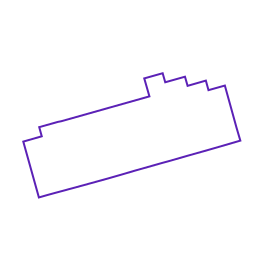 Pend Oreille, Washington, United States of America, rotated 74°
{"feature_id": "52423323B67594083249097", "entity_name": "Pend Oreille", "entity_type": "district", "adm_level": 2, "iso_a3": "USA", "parent_name": "United States of America", "parent_adm1": "Washington", "projection": "orthographic", "projection_center": [-117.196, 48.523], "detail": "fine", "context": "isolated", "style": "outline", "palette": "violet", "viewbox_px": 256, "rotation_deg": 74, "n_neighbors": 0, "source": "geoboundaries", "source_scale": "gbopen_adm2", "svg_char_len": 600}
<svg xmlns="http://www.w3.org/2000/svg" viewBox="0 0 256 256"><g transform="rotate(74 128 128)"><path d="M171.1,23.5L157.6,23.6L137.2,23.4L113.9,23.2L113.8,40.2L103.9,40.1L103.9,59.1L94.4,59.1L94.3,79.6L84.9,79.6L84.8,98.7L103.5,98.7L103.1,190.4L102.8,193.7L102.7,213.1L112.2,213.2L112.2,232.4L170.2,232.8L170.2,224.0L170.3,215.4L170.5,204.6L170.5,203.9L170.5,203.7L170.5,203.2L170.5,202.4L170.6,197.1L171.0,161.4L171.0,150.0L171.0,149.9L171.0,148.4L170.9,133.1L171.0,106.5L171.0,104.8L171.1,98.6L171.1,78.2L171.2,57.0L171.2,50.8L171.1,23.5Z" fill="none" stroke="#5b21b6" stroke-width="2"/></g></svg>